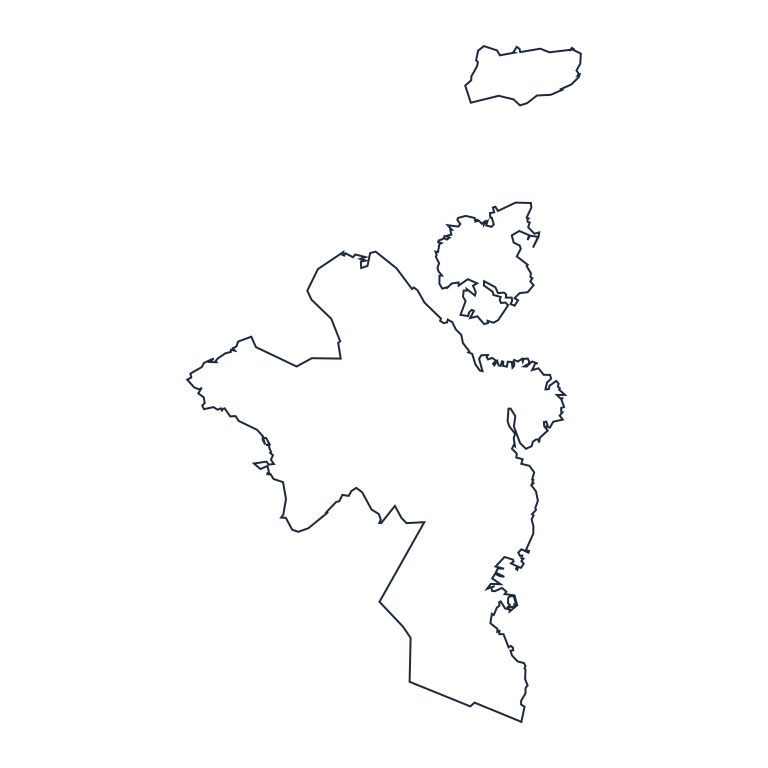 the district of Stavanger nor, Rogaland, Norway
{"feature_id": "86288312B95219475773394", "entity_name": "Stavanger nor", "entity_type": "district", "adm_level": 2, "iso_a3": "NOR", "parent_name": "Norway", "parent_adm1": "Rogaland", "projection": "mercator", "projection_center": [5.714, 58.967], "detail": "fine", "context": "isolated", "style": "outline", "palette": "slate", "viewbox_px": 768, "rotation_deg": 0, "n_neighbors": 0, "source": "geoboundaries", "source_scale": "gbopen_adm2", "svg_char_len": 6093}
<svg xmlns="http://www.w3.org/2000/svg" viewBox="0 0 768 768"><path d="M521.4,721.9L524.5,706.8L521.1,704.5L521.1,700.8L525.4,693.6L525.6,688.0L527.6,685.4L525.1,679.0L525.5,669.6L524.5,668.6L525.5,666.3L524.0,663.1L517.6,661.4L511.9,655.3L510.5,650.6L513.2,650.3L513.0,647.8L510.7,645.8L508.6,647.4L503.5,634.2L499.3,634.1L499.4,630.9L497.3,631.9L497.4,628.8L490.4,623.3L491.8,613.9L493.8,615.0L496.8,607.7L499.3,605.8L499.3,602.1L500.7,601.4L505.1,608.5L509.7,609.4L509.6,611.5L515.8,606.4L507.7,607.4L509.8,605.0L508.0,603.2L508.2,597.9L509.7,596.4L513.7,596.1L516.0,604.0L513.3,604.6L516.9,604.3L514.5,595.4L504.7,594.1L506.4,591.7L502.1,588.0L494.8,591.2L492.1,590.9L491.3,587.4L494.7,586.0L487.0,588.9L490.8,583.9L500.5,584.2L492.2,578.4L495.2,573.7L499.7,576.1L504.3,576.8L495.8,572.6L497.8,568.4L504.0,568.7L495.6,566.5L504.5,557.0L512.9,559.6L513.6,561.5L511.0,563.4L517.2,566.3L516.1,568.9L517.3,569.9L518.2,566.9L521.1,567.8L523.7,563.6L521.4,561.1L523.4,558.7L521.4,558.2L522.2,555.6L519.9,555.8L518.3,552.6L521.5,549.3L528.5,552.7L529.0,550.9L525.9,550.2L533.3,533.6L533.4,526.1L531.6,519.3L533.6,515.3L532.0,514.2L536.0,509.9L535.3,507.8L537.9,500.8L536.0,491.4L531.3,485.2L533.1,483.5L532.1,483.4L533.3,479.9L532.1,479.6L534.2,472.4L529.4,465.8L521.3,463.8L522.7,459.3L516.3,457.5L516.8,453.7L512.0,448.8L513.8,445.0L514.9,446.0L513.7,438.0L515.2,433.9L509.4,426.5L507.6,421.1L508.5,408.7L510.6,408.6L515.3,416.1L513.9,426.6L520.1,443.1L525.9,448.8L531.7,446.2L532.9,441.7L536.2,439.4L538.3,439.5L539.1,442.5L539.8,437.8L547.8,430.5L544.3,426.5L543.9,422.1L546.3,421.6L547.6,425.7L546.3,426.5L549.9,427.6L553.3,421.7L562.8,419.6L559.7,415.6L562.4,412.4L561.3,412.4L561.1,408.1L564.1,406.9L561.4,399.6L563.0,397.5L561.1,399.0L556.9,395.0L565.0,394.9L559.1,389.6L559.9,388.3L557.9,386.7L558.6,383.7L556.3,380.9L549.5,385.8L548.8,389.1L545.5,389.4L547.0,382.5L551.2,378.6L550.0,374.9L543.7,374.8L538.5,368.3L532.1,370.1L535.4,363.2L537.8,363.6L532.2,361.5L526.6,366.6L524.1,366.4L528.6,363.8L529.3,361.6L527.7,358.6L523.7,358.9L522.8,361.5L522.1,358.8L517.9,361.5L514.2,359.9L513.2,362.2L514.4,363.2L514.0,366.1L512.5,367.7L511.8,362.0L507.8,361.7L506.8,366.7L503.0,365.8L503.3,361.7L502.0,361.3L500.6,365.9L498.6,365.3L497.2,361.0L494.3,365.3L493.1,363.8L496.0,360.7L492.2,357.9L488.1,359.4L486.7,357.1L487.9,355.0L481.2,355.3L479.1,358.9L482.5,371.2L479.8,370.5L475.4,364.4L472.2,353.9L468.3,352.3L469.3,351.4L462.9,343.0L461.3,334.9L455.8,329.4L452.3,322.2L447.8,319.6L447.0,322.4L443.7,323.1L440.1,320.8L441.0,318.6L424.5,302.6L417.6,290.4L413.9,287.5L412.0,289.0L396.6,268.4L375.6,251.6L370.1,253.1L367.5,265.9L361.2,268.0L360.9,261.6L365.7,260.6L360.3,258.9L365.5,257.1L355.3,254.5L353.0,257.2L345.3,253.2L344.3,255.6L342.5,254.9L343.1,252.2L317.9,269.1L307.3,290.7L311.5,299.7L331.3,318.8L340.2,341.3L338.2,342.9L340.7,358.6L311.8,358.2L296.6,366.5L255.9,347.1L251.3,336.7L238.1,341.6L236.4,346.5L232.8,348.2L234.9,350.7L230.9,349.8L230.8,351.9L225.4,353.3L218.1,358.2L215.6,361.0L216.5,362.2L209.8,362.0L213.7,358.4L203.9,363.0L201.9,367.0L190.4,373.6L191.3,377.5L187.2,379.7L194.2,387.4L199.4,389.5L201.8,387.7L198.3,393.4L203.7,397.3L204.7,403.0L202.2,405.6L204.0,409.2L213.5,407.1L217.5,409.7L221.0,408.3L222.2,411.4L222.0,409.4L224.6,408.3L230.2,416.4L235.5,416.1L238.7,420.9L257.0,429.8L262.9,436.2L262.6,439.4L265.1,444.5L263.0,437.7L266.2,438.1L269.4,443.9L266.0,445.1L269.5,444.9L269.0,447.0L271.1,452.1L270.2,452.9L273.0,455.2L270.9,459.7L273.9,464.0L268.6,464.6L266.6,461.6L254.0,463.5L260.4,469.0L267.5,466.0L269.0,472.5L267.5,473.1L267.4,474.1L269.7,473.7L267.8,474.6L270.5,474.1L273.6,479.0L283.0,482.1L286.0,499.0L283.3,514.6L281.1,517.6L285.8,517.8L292.2,529.7L298.2,531.8L308.3,528.3L327.2,512.9L326.2,512.4L336.1,502.0L339.3,501.2L342.4,494.9L348.7,495.9L351.4,491.0L356.3,487.9L362.2,492.3L371.5,509.5L378.9,514.1L380.8,519.8L379.3,522.9L381.2,523.1L394.9,505.9L401.5,518.0L406.5,523.1L424.3,522.2L379.5,601.8L403.2,626.9L410.6,637.9L409.6,681.8L470.3,706.4L474.5,702.6L521.4,721.9ZM530.8,203.0L515.5,202.6L497.9,211.0L495.4,206.7L492.9,207.6L494.2,212.3L489.9,213.1L490.3,217.6L491.8,217.7L493.8,224.5L491.5,226.8L486.2,225.5L487.5,221.1L485.7,222.5L486.4,220.1L483.9,224.6L483.7,222.2L481.9,223.8L479.0,220.8L475.9,221.4L476.9,219.9L474.9,220.1L474.8,218.0L465.8,215.9L458.2,217.9L457.3,219.9L460.3,224.0L458.3,226.6L447.7,225.2L451.9,229.8L450.3,229.7L451.4,234.6L445.9,236.1L449.5,237.7L446.8,239.6L443.7,238.0L445.2,235.2L443.1,238.9L438.7,240.5L438.1,242.0L441.4,243.1L439.3,244.2L438.0,252.0L435.5,251.6L436.7,255.0L435.8,256.7L439.1,263.3L437.5,267.6L438.4,271.2L442.0,275.6L439.5,275.8L439.4,283.7L442.3,288.6L447.7,287.1L446.3,288.7L451.7,283.5L458.6,282.5L458.7,285.6L467.8,279.2L477.1,283.3L473.0,285.7L475.8,292.2L474.9,295.5L466.6,288.9L466.8,290.6L463.7,290.6L463.0,296.7L465.6,301.1L460.5,314.9L468.3,316.1L469.0,312.5L471.8,309.8L473.9,310.9L470.2,318.1L477.3,316.3L484.2,324.1L488.0,323.0L487.6,320.8L493.4,322.7L498.1,320.2L508.1,305.3L505.7,302.6L501.0,302.9L499.7,299.8L500.7,297.0L493.4,294.9L492.8,291.8L483.9,285.5L484.1,281.2L495.3,287.2L498.0,293.1L504.0,292.6L506.2,294.4L505.8,297.6L511.6,297.6L512.2,300.7L510.5,304.0L514.6,305.7L518.1,300.3L514.6,298.2L519.6,293.1L527.7,292.2L533.6,285.2L530.3,281.4L532.4,278.2L530.5,277.2L530.8,273.1L526.6,266.0L527.7,264.8L516.8,256.4L520.8,248.7L519.7,245.6L513.7,242.6L511.8,235.4L519.3,231.0L529.2,235.2L527.5,240.0L530.0,235.7L538.1,236.8L533.0,247.6L538.6,236.5L539.2,232.4L534.4,233.7L528.2,227.3L529.7,222.5L527.7,221.9L527.4,219.0L528.5,218.4L526.7,217.5L531.4,207.5L530.8,203.0ZM470.8,102.7L498.7,95.8L513.6,99.4L520.0,105.4L527.2,103.1L537.0,95.5L550.8,94.8L562.3,89.8L561.1,89.0L571.3,84.5L578.7,77.2L579.6,74.5L577.9,75.3L578.8,73.9L576.5,70.5L580.3,63.5L580.8,53.6L573.0,49.8L574.4,48.6L571.0,49.9L572.3,47.1L570.5,49.8L549.3,52.3L540.4,48.7L520.3,52.1L519.4,48.7L516.7,46.9L513.4,52.0L514.8,52.6L499.9,55.3L497.0,50.4L483.9,46.1L478.1,50.7L476.1,60.3L477.9,62.2L477.0,66.4L471.4,76.3L471.2,80.3L465.2,85.6L470.8,102.7Z" fill="none" stroke="#1e293b" stroke-width="2"/></svg>